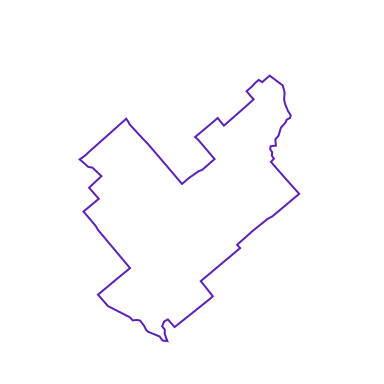 outline of Farroupilha, Rio Grande do Sul, Brazil, rotated 50°
{"feature_id": "56859067B57975111280948", "entity_name": "Farroupilha", "entity_type": "district", "adm_level": 2, "iso_a3": "BRA", "parent_name": "Brazil", "parent_adm1": "Rio Grande do Sul", "projection": "robinson", "projection_center": [-51.37, -29.195], "detail": "fine", "context": "isolated", "style": "outline", "palette": "violet", "viewbox_px": 384, "rotation_deg": 50, "n_neighbors": 0, "source": "geoboundaries", "source_scale": "gbopen_adm2", "svg_char_len": 1381}
<svg xmlns="http://www.w3.org/2000/svg" viewBox="0 0 384 384"><g transform="rotate(50 192 192)"><path d="M281.8,309.7L286.8,310.0L290.4,306.7L286.1,305.2L283.1,304.1L279.9,301.3L275.7,301.2L273.3,296.5L274.1,292.4L284.3,292.1L285.4,246.3L285.2,243.1L270.3,242.6L265.9,242.6L265.9,221.5L265.9,216.0L265.9,212.5L265.9,207.8L265.9,197.2L265.9,191.2L261.4,191.3L260.8,170.6L261.2,151.4L262.3,146.1L262.3,111.1L239.0,111.8L219.7,112.2L219.1,107.8L215.6,107.5L213.0,105.0L209.6,104.7L207.5,102.4L210.4,97.9L205.2,94.3L204.5,89.5L199.9,82.6L199.0,76.3L197.5,72.9L198.3,69.2L196.5,67.0L191.5,66.4L184.2,64.0L180.5,62.1L175.2,57.0L168.7,54.0L155.4,57.1L152.8,57.7L152.9,67.7L149.0,68.8L149.1,73.4L149.7,78.2L149.9,85.4L155.4,85.4L160.6,85.2L161.0,95.1L161.7,124.9L155.6,124.9L151.9,124.7L151.9,134.8L151.9,154.3L155.5,153.7L181.3,153.5L181.6,170.2L180.4,173.2L179.3,185.0L179.4,194.5L155.5,194.6L126.0,194.9L119.8,195.4L116.9,195.5L114.1,195.7L99.9,196.3L97.4,195.7L93.6,195.3L94.0,208.8L95.1,245.6L95.3,248.7L95.3,252.3L94.8,257.1L99.3,256.3L106.0,255.4L109.3,252.6L121.6,251.2L122.6,268.1L137.3,267.8L137.2,287.7L146.0,287.6L155.9,287.6L161.3,288.4L182.5,288.4L187.7,288.4L210.5,288.4L210.3,304.3L210.2,330.0L225.4,329.7L233.2,326.4L248.2,320.1L252.2,319.9L255.0,316.0L257.3,314.4L263.6,314.7L268.3,315.8L270.8,315.5L281.8,309.7Z" fill="none" stroke="#5b21b6" stroke-width="2"/></g></svg>